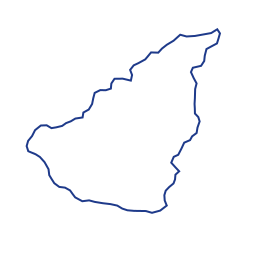 the district of Embaúba, São Paulo, Brazil, rotated 83°
{"feature_id": "56859067B66674358834369", "entity_name": "Embaúba", "entity_type": "district", "adm_level": 2, "iso_a3": "BRA", "parent_name": "Brazil", "parent_adm1": "São Paulo", "projection": "robinson", "projection_center": [-48.853, -20.954], "detail": "fine", "context": "isolated", "style": "outline", "palette": "blue", "viewbox_px": 256, "rotation_deg": 83, "n_neighbors": 0, "source": "geoboundaries", "source_scale": "gbopen_adm2", "svg_char_len": 1348}
<svg xmlns="http://www.w3.org/2000/svg" viewBox="0 0 256 256"><g transform="rotate(83 128 128)"><path d="M45.3,25.2L40.9,27.4L43.9,33.9L44.4,43.0L44.8,50.3L44.3,58.7L41.8,64.8L46.9,72.1L50.1,79.3L53.3,84.6L56.9,88.8L55.8,95.9L62.0,102.5L64.9,109.8L66.5,114.7L70.6,118.8L75.9,117.5L81.3,119.4L78.4,127.2L77.5,135.4L81.8,139.1L86.8,140.2L87.8,145.5L87.0,150.9L89.1,156.8L94.1,158.8L99.8,160.7L104.9,164.7L107.2,170.4L112.0,171.8L112.2,179.1L114.4,184.0L115.6,188.9L117.9,193.1L118.6,199.2L118.8,204.0L115.4,208.4L114.9,214.2L118.8,220.5L124.3,224.2L128.6,228.7L133.6,230.8L138.9,229.8L142.8,222.9L146.0,219.0L151.7,215.0L159.2,211.9L165.2,211.9L169.2,210.1L173.8,207.9L178.1,203.4L179.5,197.8L182.9,193.1L186.6,191.1L190.4,188.9L195.1,182.3L195.1,175.4L197.3,170.0L199.6,162.1L201.4,154.7L203.7,148.1L207.3,143.5L209.6,138.6L211.0,132.0L212.6,120.4L215.1,114.5L213.9,106.1L209.7,99.0L204.4,100.4L199.1,100.1L194.8,98.2L191.6,94.3L188.6,89.6L184.8,87.6L180.1,86.6L177.2,82.5L172.7,85.8L167.7,89.3L162.2,86.1L160.7,81.4L155.0,77.5L149.4,74.0L147.6,67.9L144.1,65.4L141.3,60.5L136.1,59.0L130.2,56.1L125.7,56.9L121.8,59.8L116.7,59.3L112.2,59.0L106.7,58.0L102.1,57.3L97.5,56.6L92.1,54.5L86.2,56.8L80.2,58.7L76.1,56.3L75.2,47.9L70.8,44.2L65.6,43.0L59.2,40.5L56.7,34.1L54.9,29.4L50.5,27.4L45.3,25.2Z" fill="none" stroke="#1e3a8a" stroke-width="2"/></g></svg>